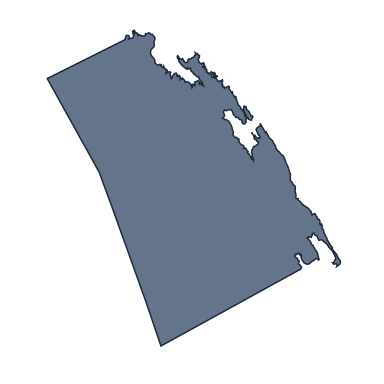 East Kwaio, Malaita, Solomon Islands (Equal Earth projection), rotated 5°
{"feature_id": "97153195B50400826200425", "entity_name": "East Kwaio", "entity_type": "district", "adm_level": 2, "iso_a3": "SLB", "parent_name": "Solomon Islands", "parent_adm1": "Malaita", "projection": "equal_earth", "projection_center": [161.056, -8.944], "detail": "fine", "context": "isolated", "style": "filled", "palette": "slate", "viewbox_px": 384, "rotation_deg": 5, "n_neighbors": 0, "source": "geoboundaries", "source_scale": "gbopen_adm2", "svg_char_len": 5934}
<svg xmlns="http://www.w3.org/2000/svg" viewBox="0 0 384 384"><g transform="rotate(5 192 192)"><path d="M37.9,91.6L97.7,180.2L113.6,213.9L155.0,303.9L174.5,348.1L307.2,259.2L307.7,257.2L306.9,256.8L306.1,255.4L304.7,254.7L304.4,253.7L304.8,252.7L304.6,251.2L303.4,250.8L303.2,249.6L302.3,248.5L301.4,248.5L301.2,249.0L301.1,248.1L299.8,246.7L300.7,245.7L300.7,244.8L302.1,245.1L302.5,244.0L304.0,243.7L304.3,244.6L305.4,245.7L305.5,243.8L306.7,246.3L306.3,247.6L307.5,249.9L310.0,252.9L312.0,253.8L314.5,253.6L315.5,253.0L318.0,250.1L318.9,250.0L321.3,247.5L322.3,247.5L323.7,248.7L324.5,248.2L321.9,241.1L319.0,237.7L317.3,234.8L315.4,233.6L315.3,232.7L313.6,230.2L310.7,227.6L312.0,227.2L311.9,226.8L312.7,226.3L314.8,226.8L315.0,225.0L315.5,224.9L315.5,222.8L317.2,222.4L317.9,224.1L320.4,225.0L322.6,229.1L324.4,228.4L325.8,228.4L328.9,231.0L329.9,231.2L331.5,232.7L333.1,235.0L337.2,238.7L339.5,242.4L340.0,242.7L339.8,243.4L340.7,244.3L341.0,245.8L339.1,250.1L338.3,250.2L339.5,251.6L341.9,250.7L342.9,252.4L342.6,253.6L345.6,251.1L346.1,249.4L345.6,247.5L343.9,245.9L341.3,241.3L336.8,237.0L336.5,236.0L336.8,235.6L336.3,234.5L334.8,233.4L331.9,229.0L330.9,228.4L330.6,226.7L326.8,220.8L326.4,218.5L324.4,216.6L324.9,214.9L324.5,213.8L323.6,212.6L323.3,213.7L322.5,213.3L322.0,212.0L322.1,210.2L321.2,208.3L319.6,208.1L318.8,205.9L317.9,205.3L316.5,202.9L315.5,203.0L313.6,204.3L312.0,200.5L311.0,200.1L309.6,198.3L304.6,195.5L304.0,195.6L303.6,194.7L302.5,194.2L301.0,192.4L298.8,191.0L298.3,189.4L297.7,189.7L296.5,189.3L295.8,188.1L296.0,186.0L295.4,185.1L295.3,183.8L294.5,182.3L294.7,179.7L294.3,177.6L293.8,176.6L292.7,176.4L290.4,173.1L289.2,172.4L288.3,167.7L288.6,166.3L288.3,164.8L287.6,163.9L285.0,157.6L283.1,154.9L282.2,152.3L279.9,148.3L279.1,147.5L277.7,147.1L275.5,144.4L274.0,143.7L271.9,141.2L271.0,138.6L268.5,135.4L268.0,134.1L264.5,131.5L261.6,127.2L260.6,127.2L260.2,126.4L260.7,126.1L260.6,125.6L259.6,125.8L253.8,117.6L254.5,119.9L253.0,120.8L250.7,123.1L250.4,124.2L253.1,129.4L254.7,130.4L255.0,132.2L254.6,132.7L253.8,132.2L252.9,132.6L251.6,131.8L250.4,131.8L249.8,129.9L248.3,129.9L249.6,133.9L250.6,134.4L251.4,134.2L252.0,134.6L252.4,136.1L253.7,136.2L254.0,136.8L253.6,138.3L251.2,140.8L249.4,141.4L248.6,144.1L248.0,144.9L247.8,147.9L248.5,148.8L249.4,152.8L250.5,154.2L250.4,155.3L249.4,153.5L248.4,153.9L247.6,151.7L245.8,149.9L245.3,148.8L243.9,148.5L244.3,146.6L243.4,146.2L242.2,144.2L241.1,143.6L239.8,144.2L239.9,142.5L239.2,141.3L236.5,140.3L235.0,138.7L234.2,136.9L234.2,135.2L233.0,135.1L231.6,133.6L229.8,133.9L229.3,133.4L227.8,131.2L227.7,130.1L228.1,129.2L225.6,122.9L222.7,118.5L219.9,116.9L218.7,117.1L217.5,116.2L216.2,116.0L217.9,113.3L216.5,110.1L216.7,108.3L217.4,107.4L219.2,108.1L220.6,107.1L224.0,106.7L225.5,108.7L226.3,111.0L228.6,112.8L229.1,113.9L230.8,113.6L233.3,115.7L235.0,115.8L235.7,117.0L235.5,118.0L236.8,119.5L238.5,119.7L240.0,117.3L239.1,115.9L239.9,114.0L238.8,112.2L237.7,111.3L237.1,108.4L234.7,105.6L233.7,105.5L233.7,104.8L232.0,102.3L230.5,101.2L229.2,97.9L228.3,97.2L228.3,95.4L227.7,94.6L227.5,93.3L226.9,93.0L226.6,94.0L226.2,93.8L223.4,90.0L223.8,89.5L223.5,88.9L223.0,89.6L220.6,86.7L219.8,85.3L220.1,84.3L219.7,83.5L219.0,83.4L216.6,85.2L214.9,84.5L214.9,85.5L213.4,84.2L213.2,82.8L212.8,83.5L212.6,83.1L212.2,79.9L212.9,79.2L212.6,77.6L211.5,78.6L210.5,78.5L208.9,79.9L206.2,77.0L205.2,76.2L204.9,76.5L203.8,74.8L202.7,76.3L201.9,76.2L201.5,73.9L201.8,73.1L203.4,73.2L204.0,74.9L204.4,72.9L205.0,72.2L204.7,71.7L203.2,71.1L202.2,71.5L200.6,70.5L199.9,72.3L199.2,73.2L198.5,72.1L196.8,71.2L196.7,71.7L196.2,71.1L196.3,70.6L195.9,70.6L196.0,68.6L194.7,67.9L194.6,66.9L194.1,67.8L193.7,66.1L193.4,65.6L193.6,67.0L192.8,66.7L193.1,65.2L192.0,66.1L192.8,63.9L192.7,62.6L191.7,62.4L190.2,63.7L187.8,62.2L186.8,59.7L186.7,58.4L187.6,57.5L187.5,55.3L186.4,55.3L185.4,53.6L184.4,53.8L183.2,53.0L183.8,54.7L183.5,55.5L183.0,55.4L182.4,56.4L182.4,56.9L182.9,56.8L180.0,58.5L180.1,58.9L179.5,59.6L178.4,60.1L177.8,59.5L176.5,60.3L176.4,62.9L175.1,63.6L173.4,63.4L170.9,59.9L170.2,60.8L169.2,60.8L168.5,60.2L167.9,60.4L166.9,58.4L166.2,58.5L166.2,57.7L165.8,57.5L165.5,58.4L166.1,60.2L167.1,60.7L167.0,61.4L167.5,61.8L167.5,62.8L168.1,63.8L172.2,67.7L176.4,70.2L176.8,70.1L177.0,68.9L178.4,69.6L179.5,68.7L180.7,71.9L182.3,72.5L182.8,73.6L183.7,73.9L183.9,74.8L185.0,74.9L187.1,76.8L188.5,76.5L188.9,78.1L191.6,81.3L192.2,81.4L194.1,85.1L193.0,84.4L192.1,84.7L191.2,82.7L190.6,82.6L190.1,83.6L189.2,81.0L188.6,80.5L185.3,82.1L185.5,85.7L183.7,84.5L183.2,84.6L183.3,86.9L182.8,88.2L181.6,84.9L178.2,82.4L175.6,83.2L175.5,82.2L173.5,80.1L172.8,80.2L172.3,79.3L171.5,80.5L170.9,80.2L170.3,81.0L170.1,77.9L169.2,77.3L168.5,78.8L168.6,77.6L168.1,77.1L167.5,78.1L167.0,78.1L166.6,75.6L165.9,74.9L164.2,75.4L162.7,77.9L162.3,79.9L161.4,80.9L160.7,79.1L160.6,78.1L159.9,77.3L160.3,74.7L159.7,74.7L159.3,74.1L157.7,74.7L157.3,74.5L155.8,76.4L155.6,75.6L156.7,73.5L156.5,72.6L155.1,72.5L155.1,71.7L153.6,70.9L152.9,69.1L152.5,70.6L152.1,70.7L150.0,69.3L150.0,68.7L150.7,68.3L150.2,67.8L148.4,67.7L147.9,68.5L146.9,68.6L144.8,67.5L143.9,66.1L143.1,63.2L139.5,59.4L138.5,57.1L138.7,53.8L141.5,50.6L141.5,48.1L140.9,45.5L141.7,43.5L141.6,41.5L138.8,38.5L137.7,38.7L135.7,37.2L134.9,37.2L132.9,38.6L131.9,38.3L132.0,39.7L130.6,40.8L128.4,40.9L125.5,39.9L125.8,40.4L124.6,40.8L123.9,38.9L123.2,38.3L122.3,38.9L120.4,35.9L118.8,37.0L119.2,37.8L120.1,37.7L120.4,39.3L119.4,39.3L120.3,41.7L119.7,43.6L115.7,45.1L116.2,43.3L115.3,41.7L112.9,41.7L111.9,46.1L37.9,91.6ZM246.0,111.6L245.4,110.8L244.2,111.0L241.5,106.6L239.4,105.3L238.4,102.4L236.3,101.9L236.0,103.6L236.4,106.3L237.4,108.3L238.9,110.1L239.2,111.8L241.4,113.4L241.7,114.4L244.6,115.5L246.0,112.4L246.0,111.6ZM207.2,74.8L206.7,74.0L205.3,74.0L204.8,74.4L204.5,75.6L205.6,75.7L207.2,74.8ZM247.1,128.8L247.1,128.2L246.4,127.2L246.6,128.4L247.1,128.8Z" fill="#64748b" stroke="#1e293b" stroke-width="1.5"/></g></svg>